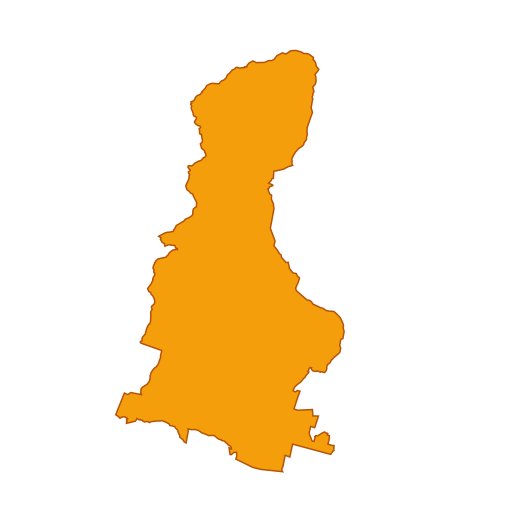 outline of Astileu, Bihor, Romania, rotated 190°
{"feature_id": "2599482B38905853959599", "entity_name": "Astileu", "entity_type": "district", "adm_level": 2, "iso_a3": "ROU", "parent_name": "Romania", "parent_adm1": "Bihor", "projection": "equal_earth", "projection_center": [22.385, 46.984], "detail": "fine", "context": "isolated", "style": "filled", "palette": "amber", "viewbox_px": 512, "rotation_deg": 190, "n_neighbors": 0, "source": "geoboundaries", "source_scale": "gbopen_adm2", "svg_char_len": 6037}
<svg xmlns="http://www.w3.org/2000/svg" viewBox="0 0 512 512"><g transform="rotate(190 256 256)"><path d="M244.6,463.7L246.1,464.6L248.7,465.0L252.4,465.3L255.6,464.7L258.0,463.7L261.1,460.5L262.6,460.1L265.2,460.7L270.2,456.9L272.2,452.9L274.5,451.1L276.5,450.9L277.9,450.4L281.2,448.1L289.4,446.5L292.9,447.6L296.4,444.8L297.9,442.2L297.9,440.7L300.2,440.3L300.0,439.5L303.1,438.8L304.5,438.2L307.4,438.5L308.2,438.3L308.8,437.8L309.1,436.9L311.7,435.0L313.8,431.5L315.7,429.2L316.4,426.0L318.6,423.4L320.2,422.6L321.4,421.1L322.4,419.1L328.9,418.5L331.2,417.5L333.7,415.7L334.4,414.6L335.0,412.5L337.8,408.5L337.4,407.6L338.5,406.6L339.0,405.4L341.8,403.7L343.2,401.6L343.2,400.9L344.2,398.1L346.7,396.6L346.1,396.1L345.8,395.2L346.1,394.8L346.5,395.1L346.6,394.0L345.3,392.3L345.6,391.4L345.3,389.8L342.7,385.9L342.4,384.3L341.0,382.7L339.8,382.8L338.6,382.0L338.5,380.8L339.9,377.8L339.6,376.7L338.6,375.8L335.8,374.3L334.0,374.5L332.8,373.2L332.9,372.6L334.1,371.7L333.3,369.5L333.2,368.3L332.6,366.6L331.4,366.0L330.8,366.3L329.7,362.5L329.0,361.3L328.6,358.9L330.3,356.8L330.2,356.6L328.2,352.5L325.2,350.9L324.3,348.9L323.6,348.5L322.7,346.5L323.6,344.2L324.8,343.8L326.2,341.2L326.9,340.5L329.0,339.4L331.3,337.7L332.4,336.8L334.4,333.9L335.6,333.5L337.8,333.3L338.3,333.1L338.5,332.3L338.4,331.5L337.8,330.8L335.6,329.2L335.7,328.6L337.2,326.9L336.6,325.7L335.4,324.7L335.8,323.5L335.5,320.1L337.3,313.5L337.0,311.9L335.7,309.6L334.8,308.9L333.0,308.1L331.4,306.6L328.9,305.9L328.5,304.8L323.7,298.3L323.3,294.1L324.7,292.9L325.9,291.2L325.9,288.3L325.4,286.2L326.1,284.7L328.3,282.4L332.0,279.9L333.2,277.8L339.8,272.2L340.7,269.0L341.6,267.3L341.6,266.3L342.1,265.7L346.0,264.2L346.7,264.3L350.0,262.7L355.3,258.5L352.8,257.5L353.0,255.8L352.9,255.5L351.3,254.0L350.8,253.1L348.3,252.3L347.4,249.8L343.9,252.0L340.5,252.0L337.7,252.3L336.7,250.1L334.7,249.6L334.5,248.7L335.5,248.7L339.0,247.4L341.7,244.5L343.2,241.0L343.7,240.8L344.3,239.3L351.8,236.2L353.6,234.2L354.0,232.5L354.6,232.1L354.7,230.1L355.2,229.1L355.4,227.1L355.2,226.9L355.2,225.7L354.6,225.4L354.1,224.6L354.0,223.3L353.7,221.9L353.1,221.7L352.4,220.7L352.7,220.0L352.5,219.7L352.5,219.1L353.3,217.7L353.7,215.5L353.6,214.9L353.1,214.5L353.9,212.6L354.3,210.7L357.1,205.1L355.5,202.5L353.2,201.5L352.8,200.3L350.3,198.4L349.3,196.7L348.7,196.2L347.7,193.6L347.7,193.0L347.8,191.3L350.2,188.1L349.7,186.3L348.9,185.5L349.6,184.0L349.9,182.0L349.0,177.7L348.6,174.0L348.6,172.3L348.9,170.7L349.8,170.1L351.1,165.8L351.5,160.0L353.4,156.9L354.0,154.7L353.5,154.1L353.5,152.7L354.6,152.1L355.0,151.5L355.0,151.0L354.6,150.4L352.4,149.9L332.5,146.6L332.4,145.1L332.8,141.1L332.3,140.2L333.6,132.1L335.2,129.2L336.2,128.4L337.8,125.9L339.0,123.1L339.5,119.7L339.0,117.2L339.3,114.2L340.9,110.8L345.0,107.1L346.1,105.2L346.0,103.0L345.5,101.4L346.0,100.5L344.0,99.5L355.3,99.8L356.3,99.2L357.6,97.6L358.0,97.4L359.4,97.5L361.8,98.2L366.6,75.3L363.6,74.0L362.0,72.7L361.2,72.9L361.1,73.3L360.1,74.0L357.8,74.8L356.3,74.6L355.0,74.0L354.2,73.4L354.8,72.9L355.2,73.0L355.0,71.7L354.2,70.9L354.6,70.5L354.5,68.7L346.1,72.4L345.5,73.6L345.0,75.3L342.6,74.4L341.6,74.4L341.3,74.7L339.4,74.4L338.8,73.8L336.8,73.2L335.2,74.0L333.2,74.0L332.2,73.4L330.8,74.5L325.0,76.3L321.6,76.9L320.2,77.6L315.6,76.6L312.5,75.6L311.3,74.0L308.8,74.2L306.2,73.7L305.4,72.6L302.9,70.9L301.4,67.7L300.0,66.3L299.6,64.4L297.5,63.1L296.4,62.8L294.8,60.8L292.4,59.7L292.3,71.6L293.0,73.8L289.5,73.8L285.2,74.6L282.2,74.1L278.5,72.4L274.2,71.7L271.6,70.9L266.2,72.0L261.1,69.2L258.3,68.9L258.0,68.3L255.6,68.4L251.5,66.0L250.6,65.1L249.1,64.7L247.1,63.3L246.7,61.7L249.2,62.4L247.1,56.0L246.0,56.0L243.5,58.8L241.3,59.3L240.9,58.6L240.2,55.6L240.6,52.5L223.7,47.6L220.8,47.1L213.8,46.7L192.3,48.2L193.5,49.5L193.5,51.6L192.9,53.6L192.7,64.8L187.8,63.9L187.3,77.1L148.0,73.6L146.2,77.4L145.4,78.1L145.8,79.0L146.2,82.9L146.7,82.9L146.8,82.6L152.4,83.1L152.3,83.7L152.5,83.7L152.1,87.8L152.3,88.2L152.1,89.4L152.5,90.7L152.5,91.8L154.7,92.2L154.5,93.6L155.3,93.9L155.8,93.7L157.8,94.6L159.2,93.9L164.2,89.5L166.0,89.4L166.8,88.3L166.3,88.0L166.7,83.4L168.4,83.5L169.2,84.4L170.4,86.5L171.4,87.8L172.9,90.9L172.6,97.7L168.4,97.1L166.7,109.2L172.2,108.4L173.8,114.6L188.3,111.3L192.0,112.0L190.7,122.0L189.2,130.5L192.1,130.7L193.2,129.4L194.1,129.0L196.1,129.8L195.4,132.9L194.9,133.9L193.0,136.6L190.0,139.8L187.7,143.9L186.8,144.8L185.7,147.5L184.2,149.9L183.8,151.0L185.0,151.5L184.4,152.4L184.2,154.4L183.5,155.5L182.9,155.3L182.5,155.7L181.9,155.6L182.1,154.9L181.6,154.0L180.3,152.9L178.7,152.6L176.8,152.8L175.7,153.4L172.4,152.8L172.0,153.4L168.4,153.1L167.7,153.9L167.1,155.1L166.7,157.1L167.1,159.9L166.2,162.3L165.4,162.7L164.6,163.7L163.7,166.7L163.3,166.9L161.7,169.4L156.9,175.3L156.7,176.1L156.6,179.9L158.2,183.0L158.0,184.2L158.1,187.3L157.8,188.7L156.1,189.7L156.1,197.0L157.8,200.5L157.6,202.0L158.1,203.7L161.2,208.4L162.6,210.1L167.0,213.3L169.8,214.9L174.7,214.4L177.9,214.6L180.8,216.1L183.4,216.3L191.5,218.5L193.7,220.7L195.5,221.6L198.0,221.5L210.2,228.8L211.4,231.2L210.4,235.1L209.3,241.1L209.6,242.3L211.2,242.9L213.4,245.7L216.7,245.8L220.8,249.4L223.2,255.4L225.3,254.8L230.6,259.0L231.7,261.7L233.1,262.2L235.8,265.3L240.2,269.2L239.8,274.0L246.7,285.8L246.5,305.5L247.9,310.3L250.7,314.6L251.2,318.6L253.4,319.6L255.8,323.8L255.5,323.7L254.6,326.5L251.7,328.2L252.0,328.9L256.3,329.9L254.4,332.5L253.4,335.3L252.4,335.5L253.2,342.7L251.0,343.3L244.0,346.3L239.3,349.9L237.0,350.8L235.7,351.7L236.1,351.9L236.7,353.2L236.9,355.6L237.4,357.0L237.5,358.0L236.8,360.9L235.3,365.0L232.7,369.2L229.6,372.1L228.4,374.0L228.3,375.9L226.7,379.0L226.6,380.2L226.9,382.0L226.5,384.6L227.3,386.7L227.9,391.1L226.5,400.3L225.3,407.2L227.5,411.6L227.4,420.7L228.2,421.8L228.3,422.8L227.9,424.5L228.3,426.0L227.7,426.9L227.5,428.2L229.5,432.1L227.4,435.7L227.2,438.7L228.2,442.7L229.4,445.2L227.5,448.4L226.5,450.7L229.7,453.5L230.5,455.9L232.4,458.6L233.8,459.1L233.9,461.5L238.7,463.9L240.9,464.2L244.6,463.7Z" fill="#f59e0b" stroke="#b45309" stroke-width="1.5"/></g></svg>